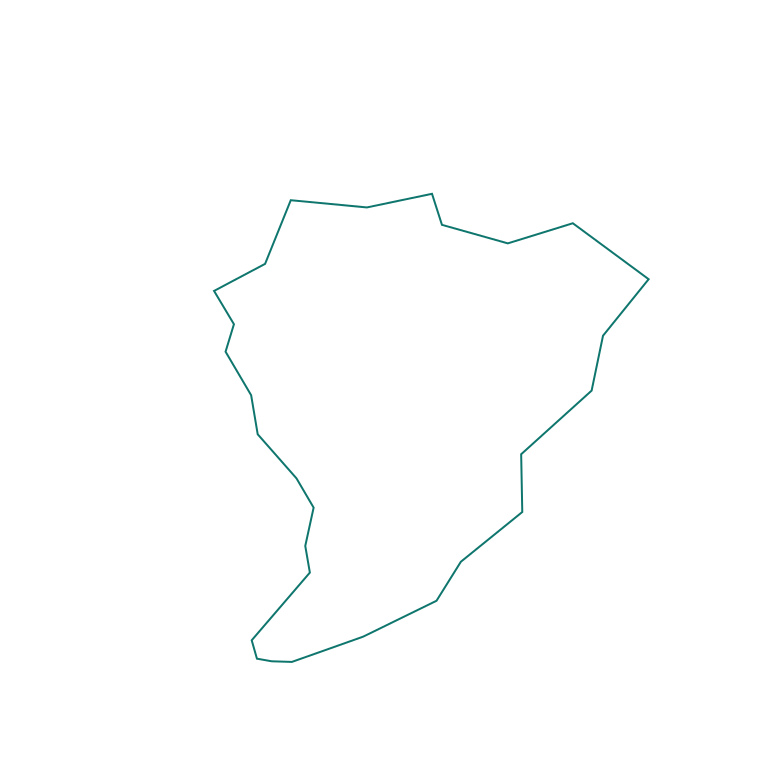 the Municipality of Alsungas, rotated 321°
{"feature_id": "LVA-5710", "entity_name": "Alsungas", "entity_type": "Municipality", "adm_level": 1, "iso_a3": "LVA", "parent_name": "Latvia", "parent_adm1": "", "projection": "robinson", "projection_center": [21.529, 56.995], "detail": "fine", "context": "isolated", "style": "outline", "palette": "teal", "viewbox_px": 768, "rotation_deg": 321, "n_neighbors": 0, "source": "natural_earth", "source_scale": "10m", "svg_char_len": 514}
<svg xmlns="http://www.w3.org/2000/svg" viewBox="0 0 768 768"><g transform="rotate(321 384 384)"><path d="M288.4,585.5L208.7,567.2L137.5,542.0L122.2,528.8L112.4,517.5L119.9,499.9L207.7,483.9L220.9,460.3L251.5,435.8L256.6,402.3L254.2,343.6L273.7,309.1L281.2,259.2L305.0,243.1L310.5,204.7L367.2,215.8L427.2,182.5L481.8,236.0L541.0,266.4L529.2,296.8L568.7,352.6L631.9,377.9L655.6,469.1L584.6,484.3L541.2,519.8L446.4,524.9L410.9,570.5L331.9,570.5L288.4,585.5Z" fill="none" stroke="#0f766e" stroke-width="2"/></g></svg>